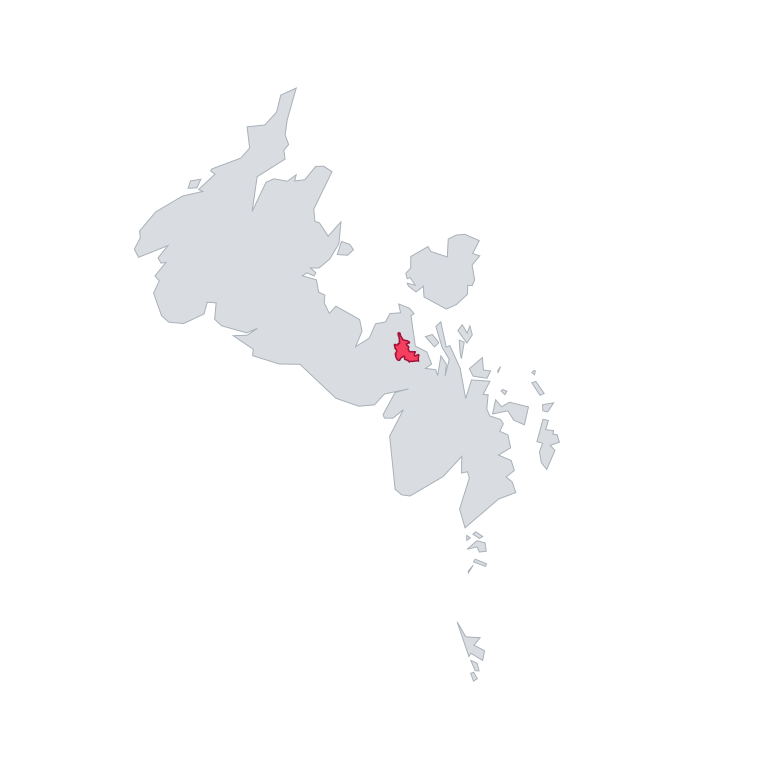 East Ayrshire highlighted on a map of United Kingdom, rotated 149°
{"feature_id": "GBR-2001", "entity_name": "East Ayrshire", "entity_type": "Unitary District", "adm_level": 1, "iso_a3": "GBR", "parent_name": "United Kingdom", "parent_adm1": "", "projection": "mercator", "projection_center": [-4.337, 55.451], "detail": "fine", "context": "in_parent", "style": "filled", "palette": "rose", "viewbox_px": 768, "rotation_deg": 149, "n_neighbors": 0, "source": "natural_earth", "source_scale": "10m", "svg_char_len": 5189}
<svg xmlns="http://www.w3.org/2000/svg" viewBox="0 0 768 768"><g transform="rotate(149 384 384)"><path d="M408.1,599.9L381.1,617.7L372.6,616.5L362.3,607.5L351.5,608.6L356.0,604.0L346.7,599.9L330.5,605.7L323.5,601.7L319.2,592.8L354.2,570.0L359.5,558.9L356.4,555.5L355.7,539.5L337.4,545.2L350.4,527.5L366.3,519.0L380.1,516.9L387.2,521.4L385.1,514.4L388.3,512.7L392.9,519.1L398.2,518.8L388.3,508.1L392.7,496.5L388.9,490.6L393.5,484.3L394.5,472.7L385.1,475.4L371.7,451.8L375.7,440.5L389.2,430.6L373.0,430.9L360.2,440.0L350.9,436.4L342.6,441.3L333.1,436.5L330.2,445.0L323.2,435.9L322.0,428.8L325.7,428.7L337.6,400.4L330.8,389.4L332.9,376.5L340.5,376.0L332.3,369.7L333.7,363.6L320.7,378.8L320.4,368.8L327.5,359.4L315.4,371.5L315.3,385.4L309.9,406.6L303.3,408.1L311.6,383.6L307.8,383.0L310.6,358.4L321.5,329.5L306.9,342.4L291.8,331.8L304.4,324.0L300.3,321.2L308.8,309.6L309.8,302.1L302.4,293.6L302.2,288.4L309.1,283.8L304.0,276.6L308.3,264.1L322.5,264.1L314.4,252.9L316.8,242.8L327.2,241.4L324.6,234.1L326.9,223.1L345.2,226.4L388.6,219.0L383.6,237.9L359.2,259.5L357.7,265.8L363.4,267.8L354.6,281.9L381.1,274.2L419.4,274.6L425.9,279.9L428.7,288.0L406.0,336.4L380.6,352.0L393.9,350.1L401.2,354.6L400.6,358.2L378.9,371.0L365.5,367.2L388.8,375.2L402.9,371.0L417.1,378.0L432.6,396.6L445.9,444.2L463.5,455.1L482.0,475.9L478.2,481.1L488.3,503.0L476.2,496.3L463.9,496.9L475.4,498.6L493.2,517.5L495.8,526.7L486.1,540.0L493.4,545.1L502.2,536.8L524.6,539.0L536.7,547.9L539.5,557.0L534.7,580.6L523.4,588.2L524.7,594.6L508.3,600.5L512.9,602.5L512.7,608.5L498.0,613.9L529.1,619.0L528.6,628.1L517.5,634.9L514.8,641.0L491.1,649.1L460.0,648.9L440.1,642.4L442.7,646.2L420.8,650.9L422.9,655.8L420.6,657.0L390.3,651.4L377.6,655.5L368.9,674.9L352.7,667.4L336.0,672.4L323.7,684.8L306.8,682.9L330.8,660.4L340.5,648.4L342.4,638.4L349.5,635.9L352.9,627.8L386.0,627.0L408.1,599.9ZM295.4,479.5L275.5,479.1L275.6,473.5L264.3,460.3L254.3,475.1L245.5,474.5L237.6,470.7L228.5,457.8L240.8,450.2L235.9,444.5L247.2,440.7L252.7,426.5L257.7,423.0L261.4,425.4L266.2,418.0L281.0,414.8L291.9,416.1L304.9,438.0L299.8,447.6L309.1,446.4L312.6,455.3L312.2,458.5L306.3,452.6L306.8,461.7L309.9,462.3L308.3,467.6L301.4,469.6L295.4,479.5ZM289.7,235.4L285.7,245.8L278.5,251.5L282.6,255.8L265.9,271.8L261.9,268.1L269.0,261.6L262.7,256.8L265.0,254.0L261.8,251.4L263.6,243.8L273.1,245.8L271.6,239.1L288.5,227.0L289.7,235.4ZM291.4,286.2L291.7,297.3L306.4,302.4L296.4,313.0L294.9,303.9L285.8,303.8L272.0,289.9L284.7,276.7L291.4,286.2ZM441.8,96.2L448.2,108.4L451.6,106.7L443.8,142.5L444.1,125.2L432.3,117.0L441.4,113.8L435.2,103.6L441.8,96.2ZM303.0,353.1L286.1,356.0L291.6,344.8L285.9,340.3L292.7,335.9L303.5,344.8L303.0,353.1ZM349.0,513.2L357.3,519.0L347.1,528.1L341.5,521.4L341.0,514.8L349.0,513.2ZM291.9,376.4L293.2,391.7L286.4,394.5L286.5,384.8L280.5,389.5L283.0,380.7L291.9,376.4ZM388.7,190.8L388.1,196.5L397.8,199.5L385.1,201.8L379.2,195.7L382.5,188.0L388.7,190.8ZM324.1,403.3L317.0,401.5L315.8,391.2L321.6,389.8L324.1,403.3ZM451.1,652.7L445.3,657.7L435.5,653.9L443.4,648.5L451.1,652.7ZM296.9,382.9L293.7,378.5L304.6,365.9L302.4,372.2L296.9,382.9ZM258.1,275.8L261.6,279.1L258.8,284.6L248.3,280.5L258.1,275.8ZM256.7,308.9L252.5,308.0L251.6,293.4L256.1,294.0L256.7,308.9ZM451.9,102.3L448.0,96.6L450.3,89.1L453.5,91.3L451.9,102.3ZM398.8,185.4L396.1,186.9L388.7,177.0L391.1,175.5L398.8,185.4ZM385.1,209.4L381.5,210.1L377.9,202.4L381.8,202.6L385.1,209.4ZM460.3,83.2L458.7,91.4L455.6,90.6L455.8,83.3L460.3,83.2ZM408.2,180.2L400.9,182.7L409.0,178.6L408.2,180.2ZM287.2,317.6L285.1,318.2L282.4,314.5L285.8,312.6L287.2,317.6ZM393.6,207.3L391.1,211.6L389.2,207.6L393.6,207.3ZM279.3,337.0L275.0,338.9L280.8,334.8L279.3,337.0ZM251.4,317.6L248.7,318.4L247.5,317.2L250.2,314.5L251.4,317.6Z" fill="#d9dde1" stroke="#a8b0b8" stroke-width="1"/><path d="M343.6,406.8L344.2,406.8L344.4,406.3L344.4,405.4L344.2,404.7L343.9,404.2L343.7,403.5L343.8,402.8L344.5,402.3L345.3,401.4L345.4,400.6L345.5,399.5L344.9,398.0L343.4,397.3L342.2,396.4L341.1,395.9L340.6,395.4L340.8,395.2L341.8,394.5L342.8,393.7L343.1,392.9L343.1,392.4L342.1,391.8L341.3,391.8L340.4,391.8L339.7,391.7L339.2,391.3L339.4,390.6L340.2,389.8L341.3,388.5L342.2,386.8L342.6,386.0L342.9,386.5L347.9,388.7L349.9,389.9L350.9,390.2L351.0,390.1L351.3,391.2L352.0,392.6L352.5,393.3L353.2,394.0L353.4,394.6L353.4,395.0L353.1,395.6L352.4,396.5L352.2,397.2L352.7,397.6L353.3,397.6L354.1,397.6L355.8,397.6L356.8,397.5L357.4,396.9L357.9,396.5L358.5,396.4L359.1,396.6L359.8,397.4L360.1,398.2L360.1,399.2L360.0,400.1L359.7,401.6L359.4,402.6L358.9,402.8L358.6,403.0L358.9,403.9L358.8,404.1L356.6,405.2L355.9,406.2L355.8,407.6L356.2,408.9L355.3,410.6L355.3,411.6L354.6,412.4L354.1,412.2L353.4,411.1L352.9,410.8L351.6,410.6L351.4,411.2L351.2,411.3L349.9,411.0L349.5,411.1L348.8,412.9L347.9,413.6L347.8,414.8L347.0,416.1L346.8,418.1L346.2,418.5L346.2,419.7L345.7,420.2L345.3,420.3L345.1,418.4L344.7,418.4L344.5,419.2L344.2,419.4L344.2,419.0L344.6,417.9L344.9,417.0L344.9,415.8L344.9,414.8L344.9,413.5L344.9,412.6L344.6,411.8L343.9,411.0L343.0,410.1L342.1,409.4L341.6,408.8L341.2,408.0L340.7,407.1L340.7,406.7L341.0,406.2L341.8,406.4L342.7,406.4L343.6,406.8Z" fill="#f43f5e" stroke="#9f1239" stroke-width="1.5"/></g></svg>